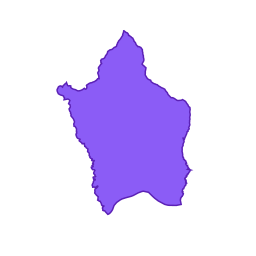 outline of Eselnita, Mehedinti, Romania, rotated 25°
{"feature_id": "2599482B71409986806106", "entity_name": "Eselnita", "entity_type": "district", "adm_level": 2, "iso_a3": "ROU", "parent_name": "Romania", "parent_adm1": "Mehedinti", "projection": "orthographic", "projection_center": [22.261, 44.728], "detail": "fine", "context": "isolated", "style": "filled", "palette": "violet", "viewbox_px": 256, "rotation_deg": 25, "n_neighbors": 0, "source": "geoboundaries", "source_scale": "gbopen_adm2", "svg_char_len": 5814}
<svg xmlns="http://www.w3.org/2000/svg" viewBox="0 0 256 256"><g transform="rotate(25 128 128)"><path d="M183.9,114.4L183.7,113.2L183.6,108.5L183.4,107.4L183.1,106.5L183.8,105.7L183.4,105.0L183.3,104.6L183.8,103.5L183.7,102.7L182.9,102.1L182.8,100.2L182.8,99.5L182.5,98.6L181.6,97.5L180.9,95.5L180.6,95.1L180.4,93.7L179.7,92.9L179.2,91.6L178.9,90.0L178.0,88.5L177.2,87.5L176.5,85.0L175.4,83.2L173.8,82.9L172.4,81.6L170.7,80.8L169.5,79.9L168.5,79.5L165.4,79.2L164.6,80.3L161.7,82.0L160.6,82.2L157.9,81.7L156.6,81.6L155.6,81.7L154.2,82.3L150.1,80.7L148.7,79.4L146.6,78.5L144.9,77.3L142.9,77.2L141.2,77.3L139.1,77.0L138.1,77.0L136.1,76.4L135.0,76.7L134.1,76.6L133.2,76.8L131.4,76.7L129.5,76.3L129.1,76.0L128.5,75.2L128.2,75.1L127.0,75.3L124.8,75.1L121.5,72.9L121.1,72.5L120.7,71.6L120.5,70.8L119.9,69.9L119.1,66.6L118.7,65.7L117.5,65.5L116.8,65.1L115.6,64.9L113.8,64.2L113.8,63.7L113.7,63.3L113.9,60.8L113.7,59.8L113.2,58.8L112.0,57.3L111.4,56.0L110.2,54.8L109.4,53.2L108.7,52.5L107.9,50.9L105.6,49.6L103.3,49.6L102.7,50.1L100.1,49.0L99.0,47.8L98.1,47.3L96.5,46.6L96.3,46.1L94.2,44.5L93.2,44.5L92.4,44.1L91.3,44.0L90.3,43.6L89.4,43.9L89.0,43.2L88.3,42.6L87.3,42.1L85.6,42.2L84.2,41.8L83.5,41.8L82.8,41.2L83.3,42.5L83.6,44.2L83.6,45.3L84.1,46.4L83.9,47.3L83.5,50.5L82.7,53.2L82.8,54.1L82.6,54.8L82.6,55.6L82.8,56.2L82.7,57.2L83.0,58.8L82.4,59.9L81.5,60.7L80.4,63.4L78.3,65.2L78.1,65.9L77.5,66.7L77.3,67.4L77.6,68.5L77.6,70.1L77.3,71.1L77.3,71.7L77.1,72.2L77.2,73.0L77.1,74.5L76.4,75.6L74.9,76.9L74.9,77.7L74.7,78.3L75.1,78.7L75.6,79.9L76.6,80.4L76.9,80.8L76.4,81.6L76.1,83.9L75.7,85.5L76.1,86.7L76.9,87.3L77.5,88.6L77.3,89.4L77.3,90.9L79.6,93.3L80.0,94.2L80.9,95.5L79.7,96.1L79.4,97.5L79.2,97.8L79.3,98.2L78.7,98.8L78.0,100.1L76.7,101.3L76.1,102.2L75.3,102.6L74.1,103.8L72.4,106.6L72.4,107.1L73.1,107.7L73.6,108.7L73.7,109.6L73.4,110.5L73.1,110.8L72.4,110.8L71.6,110.5L70.6,112.4L69.4,113.8L68.1,114.9L67.0,115.5L65.4,115.6L64.4,115.4L62.0,115.9L60.2,115.8L59.0,115.5L58.4,114.1L57.5,114.2L56.3,115.0L55.3,115.0L53.0,112.8L52.9,113.7L52.1,115.0L51.8,116.1L51.3,117.0L51.4,118.6L49.5,118.2L48.7,118.6L48.1,119.2L47.7,119.9L47.5,120.5L47.6,121.4L47.5,122.6L47.6,123.5L48.5,124.8L50.4,126.4L52.8,126.6L55.2,126.2L56.1,126.3L56.4,126.9L57.7,127.5L58.1,129.4L61.2,127.2L62.2,127.1L63.7,127.6L63.9,131.1L65.2,131.5L65.7,131.5L66.7,133.0L66.9,133.6L66.7,134.4L66.8,134.9L66.5,135.6L67.9,137.2L69.3,138.0L69.8,139.1L70.7,139.7L71.1,141.1L74.5,142.7L76.7,144.7L77.1,145.9L77.1,147.2L77.3,147.6L77.6,147.9L78.3,149.2L79.5,149.0L81.7,150.5L82.7,152.9L83.0,153.0L83.0,153.4L83.6,154.1L83.7,154.5L83.5,154.8L83.5,155.7L83.9,156.0L84.0,156.5L84.6,157.0L85.0,157.6L86.2,158.4L86.9,158.6L89.3,158.5L89.1,160.1L89.3,160.3L92.4,161.0L92.8,161.5L93.2,161.7L93.9,161.1L95.0,160.5L95.4,161.6L96.0,161.9L96.6,163.0L97.4,162.9L98.0,163.2L98.5,163.6L100.6,164.0L100.8,165.1L101.2,165.6L101.2,166.1L101.4,166.5L103.2,167.1L103.5,167.4L104.0,168.2L104.3,169.1L104.6,169.5L105.6,169.9L105.9,170.8L107.0,171.2L108.5,171.1L108.8,171.3L108.9,171.6L108.6,172.2L108.7,172.6L109.0,172.8L110.2,172.7L110.8,171.8L111.1,171.8L111.1,173.2L110.8,174.9L110.9,175.1L111.1,175.2L111.6,174.9L111.9,175.2L112.0,175.7L111.6,176.4L111.6,176.7L111.3,177.1L111.3,177.3L112.2,177.3L112.5,177.4L112.6,177.7L112.5,178.0L111.6,178.8L111.3,179.1L111.9,179.8L113.5,180.7L114.2,180.5L114.8,180.2L115.3,180.1L115.6,180.2L116.0,180.6L115.8,181.8L115.8,182.6L115.9,183.3L116.2,183.8L116.6,184.1L117.6,184.2L118.1,185.1L119.1,185.5L119.0,186.0L118.7,186.3L117.4,187.0L117.2,187.4L118.6,189.1L118.9,189.2L119.2,188.4L119.5,188.2L120.0,188.4L120.2,188.9L119.5,189.6L119.3,190.0L119.3,191.5L119.6,192.2L119.5,194.3L119.9,195.3L120.2,195.4L121.1,196.6L121.3,196.5L122.1,195.8L123.6,195.7L124.6,193.8L124.8,193.5L125.2,193.5L125.4,193.9L125.1,195.0L124.7,196.0L123.9,197.3L124.4,198.8L125.0,199.6L125.0,200.0L125.3,201.0L128.0,202.3L130.1,202.9L130.3,204.0L131.0,205.5L130.9,206.1L131.1,206.2L131.4,205.8L131.9,206.2L132.6,206.4L132.9,206.5L133.7,206.2L135.7,207.7L136.7,209.0L137.0,209.0L137.5,209.3L137.9,209.1L139.1,209.0L138.9,209.8L138.6,210.2L138.6,211.4L139.4,212.1L140.0,213.3L141.1,213.2L141.8,212.8L142.6,213.3L146.2,214.8L146.8,214.2L147.5,213.1L148.2,210.9L148.5,208.6L148.1,204.1L149.2,200.2L151.3,196.5L152.6,194.8L155.5,192.1L159.7,188.6L161.4,186.8L164.7,182.4L167.4,179.7L168.6,178.8L173.8,177.6L179.1,179.5L182.0,180.4L186.2,181.3L193.5,181.7L196.3,181.2L197.9,180.7L204.4,177.8L208.5,174.8L205.8,171.1L205.8,170.5L205.4,169.5L205.5,169.4L205.4,169.1L205.5,168.9L205.6,168.2L205.6,167.6L206.0,167.1L205.9,166.7L206.1,165.6L206.0,164.3L205.8,163.9L205.1,163.9L204.2,163.1L204.1,162.9L204.6,162.5L203.9,162.0L203.5,161.1L203.5,160.0L204.1,159.6L204.1,159.2L203.9,158.1L204.1,157.0L204.0,156.3L204.5,155.2L204.4,154.8L203.9,154.3L204.0,154.0L203.9,153.5L204.4,153.2L204.2,153.0L203.7,153.1L203.2,152.9L203.0,152.2L203.5,152.3L203.3,151.9L202.6,151.5L201.7,150.7L202.3,150.6L202.2,150.5L200.8,149.6L201.0,148.3L201.4,148.1L201.7,147.1L201.0,146.6L201.0,146.4L201.2,146.1L201.5,146.0L201.4,145.3L201.8,144.9L201.4,144.5L202.0,143.6L201.9,142.7L202.3,141.6L202.3,140.9L202.1,140.0L202.6,139.6L201.7,139.7L201.1,139.3L200.7,139.9L199.7,140.2L200.2,139.5L199.8,139.5L199.8,139.0L199.4,139.1L199.3,138.8L199.5,138.5L198.9,138.1L198.2,137.5L197.8,136.8L197.4,137.3L196.1,136.6L195.5,136.1L195.4,135.8L196.0,135.2L195.8,135.0L195.6,135.2L195.3,134.8L195.3,134.6L194.8,134.2L194.3,133.5L193.0,133.3L193.0,133.1L192.4,132.7L191.6,132.8L190.8,131.4L190.3,131.2L190.0,131.2L189.8,130.6L189.4,130.4L188.8,129.0L187.4,126.9L187.0,126.6L186.0,124.1L185.3,123.0L185.3,120.5L185.2,120.2L184.9,119.9L184.6,118.6L184.7,117.5L184.4,116.2L184.1,115.8L183.5,115.5L183.1,114.8L181.6,113.4L182.2,113.8L183.6,114.6L183.9,114.4Z" fill="#8b5cf6" stroke="#5b21b6" stroke-width="1.5"/></g></svg>